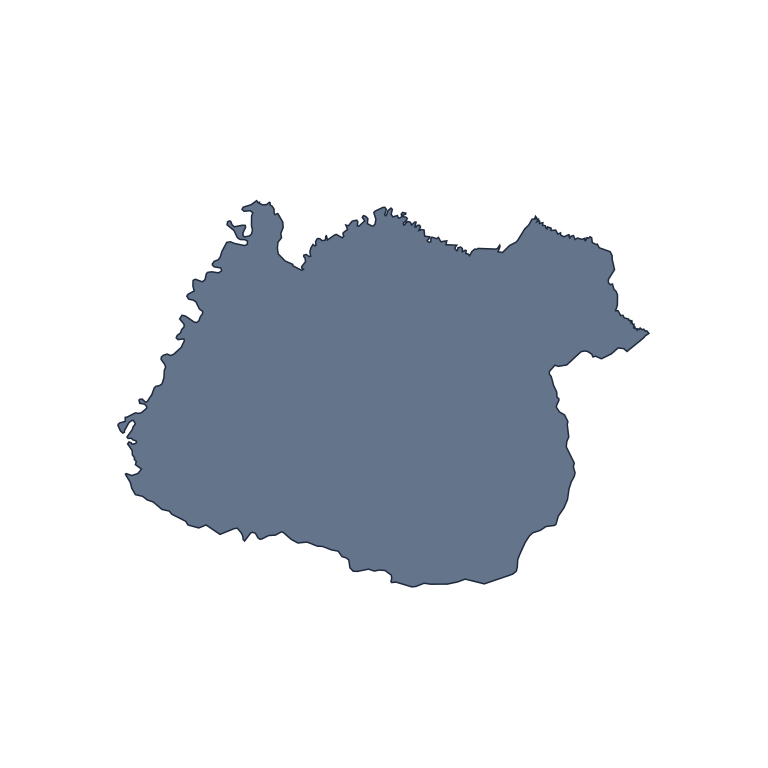 outline of Khutlo-se-Metsi, Thaba-Tseka, Lesotho, rotated 44°
{"feature_id": "5366337B67147005930942", "entity_name": "Khutlo-se-Metsi", "entity_type": "district", "adm_level": 2, "iso_a3": "LSO", "parent_name": "Lesotho", "parent_adm1": "Thaba-Tseka", "projection": "natural_earth1", "projection_center": [28.357, -29.676], "detail": "fine", "context": "isolated", "style": "filled", "palette": "slate", "viewbox_px": 768, "rotation_deg": 44, "n_neighbors": 0, "source": "geoboundaries", "source_scale": "gbopen_adm2", "svg_char_len": 6170}
<svg xmlns="http://www.w3.org/2000/svg" viewBox="0 0 768 768"><g transform="rotate(44 384 384)"><path d="M545.0,510.6L547.7,507.3L551.2,499.5L556.6,495.6L568.6,483.9L574.6,475.0L577.9,468.0L595.0,458.1L608.6,431.5L609.2,426.8L607.2,423.2L602.4,417.7L600.3,413.0L595.7,400.1L594.2,392.8L594.3,387.9L598.0,380.9L599.6,373.9L604.8,367.4L605.2,365.5L601.2,358.1L599.5,348.2L596.3,339.7L590.0,331.0L586.6,324.0L585.1,318.4L583.1,315.1L577.9,312.2L575.8,308.7L558.8,302.6L555.5,298.5L553.7,293.8L544.0,285.9L542.4,283.3L535.4,280.8L529.7,282.2L524.6,281.1L523.3,280.2L521.1,274.1L519.9,273.1L517.5,273.3L513.9,269.8L507.0,267.2L499.2,262.5L496.0,262.0L494.2,259.9L493.9,251.8L497.2,250.1L502.2,243.4L503.3,224.0L505.1,221.2L507.5,219.3L512.7,218.2L515.5,219.4L516.8,217.1L522.9,214.8L526.6,204.5L527.4,195.4L531.9,192.0L536.2,191.8L538.7,170.6L538.5,167.7L539.5,163.6L536.1,163.2L535.5,164.4L532.8,164.1L532.0,165.6L529.4,165.8L529.9,167.3L528.2,167.9L528.7,169.4L527.5,168.9L524.8,170.2L524.3,169.9L524.9,168.6L522.7,168.4L522.3,167.4L521.0,168.4L518.3,166.3L517.9,166.9L518.5,168.0L516.9,167.2L515.8,168.1L514.7,167.4L510.8,169.6L508.1,168.6L506.7,170.4L501.5,168.7L499.6,170.4L497.3,165.4L490.2,157.8L486.7,156.2L483.5,156.1L478.9,153.4L477.6,155.4L474.9,155.2L472.8,152.9L470.4,141.6L461.4,135.7L459.0,133.2L454.7,131.7L444.2,136.5L440.3,135.2L439.6,136.3L435.7,137.6L431.7,134.5L429.9,135.0L429.9,136.9L428.3,137.8L429.4,140.9L428.4,141.1L427.2,139.7L426.0,142.3L421.7,144.7L421.1,147.3L417.2,145.6L415.9,147.8L416.3,149.9L414.9,149.6L413.9,148.1L413.1,148.3L411.2,153.1L407.7,154.1L406.0,152.6L404.9,155.4L400.6,154.0L397.5,157.5L395.9,155.8L392.5,157.4L393.6,159.1L392.7,159.5L390.1,158.1L387.9,159.6L386.2,157.6L384.3,160.6L382.9,158.7L381.9,158.8L381.3,160.9L380.5,158.1L378.1,159.9L378.2,158.4L376.5,158.1L377.6,160.7L376.0,162.7L377.7,169.1L377.5,174.6L380.4,187.8L380.4,190.2L378.1,197.3L377.9,207.0L374.2,209.7L372.0,204.6L370.8,203.8L371.5,207.5L370.9,209.1L357.5,221.1L357.3,222.5L355.5,224.0L355.2,227.6L356.4,232.3L354.5,232.0L352.2,233.3L350.4,230.9L349.5,231.3L348.5,234.4L346.3,232.1L344.0,232.2L342.5,234.6L343.9,236.5L343.8,237.6L340.4,237.2L339.9,233.6L331.8,240.8L329.7,237.4L326.0,242.2L321.3,240.7L320.9,242.9L316.4,245.1L316.8,246.8L318.8,249.1L318.2,250.6L316.9,251.1L315.5,250.9L315.4,247.4L314.7,246.3L310.6,249.4L305.8,245.4L303.7,246.9L302.5,249.4L301.2,245.7L299.3,245.1L297.8,246.7L298.0,248.9L297.0,249.6L294.7,245.3L293.6,246.1L293.4,250.5L290.7,249.3L288.3,250.5L287.8,252.8L288.4,254.9L287.7,256.0L286.1,254.7L286.5,250.7L285.6,248.7L283.9,248.7L281.8,250.2L280.2,249.8L281.6,247.0L281.0,245.9L278.1,247.8L278.4,249.9L280.6,251.2L279.9,254.0L278.8,254.5L276.6,253.5L274.3,257.6L271.3,257.0L268.7,252.6L266.8,252.6L266.4,256.7L268.3,260.3L268.3,261.9L266.9,261.8L264.4,256.8L261.8,256.3L260.5,257.8L257.5,265.8L257.6,267.8L263.7,271.1L266.4,275.1L266.6,277.5L265.6,278.7L260.6,280.2L257.6,276.3L254.4,276.1L252.2,277.2L252.7,279.3L256.8,280.0L256.3,287.8L255.0,288.8L252.5,285.5L250.5,285.1L248.0,289.0L248.5,294.9L246.1,296.2L250.4,298.1L249.6,303.5L250.3,304.7L252.3,305.5L252.5,307.8L245.8,309.5L244.9,311.2L243.3,319.6L239.6,317.4L239.4,318.1L241.9,321.3L239.7,324.0L236.8,324.0L235.0,325.8L235.8,329.0L238.8,331.7L238.0,332.8L236.0,332.9L236.9,337.0L238.9,340.5L242.5,343.0L241.5,344.3L238.0,344.9L236.8,347.1L237.8,348.1L240.0,348.4L242.6,350.6L243.2,356.7L244.3,357.8L246.4,357.4L245.9,359.4L236.4,362.2L235.3,361.3L227.4,364.2L217.6,363.9L213.0,360.4L209.3,355.8L208.7,350.0L205.2,347.4L202.7,341.4L198.8,337.9L189.6,335.2L188.9,335.4L188.0,337.9L186.3,337.4L183.4,334.6L180.1,333.8L177.8,334.3L176.2,332.8L175.3,332.9L174.9,336.5L172.4,339.4L168.4,340.7L168.1,339.9L167.2,341.0L165.0,340.6L163.8,347.5L159.9,354.6L160.5,357.0L163.3,357.0L167.4,352.3L170.6,351.9L172.1,355.2L178.5,362.0L182.6,364.8L184.4,368.1L184.4,370.9L181.7,374.8L180.1,375.4L177.7,373.5L175.6,367.4L174.0,366.3L171.7,368.3L167.1,374.9L164.1,375.0L160.7,373.5L159.5,374.1L158.8,376.0L160.5,378.5L169.6,377.8L176.2,380.4L178.4,380.5L180.4,379.8L183.6,376.9L186.4,376.0L188.6,378.3L187.8,381.1L178.9,386.7L174.7,388.4L172.5,391.4L175.3,401.2L178.2,406.9L178.4,410.0L176.6,413.7L177.1,416.9L178.0,417.7L180.6,417.6L185.9,414.0L188.2,414.9L188.5,415.9L187.7,419.0L182.1,423.0L179.6,426.2L179.6,428.1L182.8,433.3L182.3,436.7L175.5,439.7L174.7,442.1L178.4,446.2L182.8,449.0L180.7,455.4L181.1,457.8L184.5,458.7L188.7,456.1L191.6,455.6L199.1,458.3L203.0,457.8L204.6,459.3L205.2,463.4L206.9,467.0L206.6,469.8L204.6,471.3L194.1,473.0L190.9,474.9L191.8,479.2L198.7,479.9L200.5,481.8L200.6,485.4L202.1,488.6L201.5,492.7L202.4,495.1L205.0,495.2L208.6,490.6L210.3,491.5L212.7,498.7L212.0,508.9L210.6,511.8L207.2,513.1L205.3,516.7L205.1,519.3L206.6,521.2L212.9,522.3L215.3,523.7L216.4,526.7L221.2,532.2L224.2,538.0L223.6,541.1L221.5,544.1L221.4,546.4L224.3,552.8L225.9,561.5L224.6,562.8L220.5,562.8L218.8,564.9L219.0,565.8L221.7,567.6L225.8,564.8L229.1,565.1L230.1,566.5L229.4,573.3L227.9,575.6L225.2,577.5L222.1,586.4L221.0,587.7L223.8,590.7L220.9,595.6L220.8,597.5L221.3,598.6L227.2,600.9L230.3,600.7L230.8,599.0L229.8,598.1L227.3,588.8L228.1,585.2L229.0,584.3L232.8,585.3L233.3,589.4L234.6,591.6L235.9,600.6L237.6,601.0L240.3,598.4L242.0,598.7L244.9,597.2L246.5,597.9L246.6,599.4L244.7,602.3L242.9,601.9L240.8,602.8L241.2,605.2L249.0,606.8L252.3,609.8L255.9,610.4L256.7,611.7L259.6,611.8L261.2,614.7L268.7,613.7L269.1,619.5L266.1,625.1L260.8,627.5L260.6,628.4L261.8,628.9L269.8,631.0L274.9,634.2L282.0,636.3L288.4,632.5L294.2,631.9L299.9,629.2L311.4,628.5L317.8,624.6L321.9,625.1L336.7,620.5L340.9,621.6L350.8,616.2L353.9,609.0L370.5,606.1L376.7,592.1L378.7,589.6L384.8,590.3L388.1,591.5L390.7,593.7L392.8,593.8L391.6,583.7L392.4,582.1L395.2,580.7L400.2,582.2L402.5,581.9L403.7,580.6L406.3,573.1L410.9,568.1L412.8,562.0L414.1,560.8L425.3,560.2L432.5,558.2L438.4,551.2L448.8,546.9L452.5,543.6L461.7,539.7L467.1,536.1L473.7,537.3L477.9,535.2L481.0,535.1L487.2,539.9L491.9,540.1L495.2,537.1L501.5,527.9L507.0,525.3L509.7,521.3L514.2,517.5L522.1,516.4L524.6,518.5L526.2,521.3L527.4,521.5L530.4,518.1L545.0,510.6Z" fill="#64748b" stroke="#1e293b" stroke-width="1.5"/></g></svg>